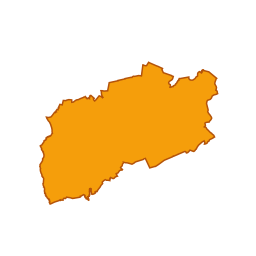 Targu Carbunesti, Gorj, Romania (Robinson projection), rotated 341°
{"feature_id": "2599482B79370866887971", "entity_name": "Targu Carbunesti", "entity_type": "district", "adm_level": 2, "iso_a3": "ROU", "parent_name": "Romania", "parent_adm1": "Gorj", "projection": "robinson", "projection_center": [23.515, 44.967], "detail": "fine", "context": "isolated", "style": "filled", "palette": "amber", "viewbox_px": 256, "rotation_deg": 341, "n_neighbors": 0, "source": "geoboundaries", "source_scale": "gbopen_adm2", "svg_char_len": 5739}
<svg xmlns="http://www.w3.org/2000/svg" viewBox="0 0 256 256"><g transform="rotate(341 128 128)"><path d="M94.7,170.3L94.8,169.5L95.4,169.1L97.4,171.0L98.5,171.0L100.1,170.1L100.5,170.2L101.3,170.0L102.3,170.1L102.0,169.1L102.2,168.4L101.8,167.6L101.9,167.3L104.0,167.2L105.2,166.2L106.1,165.6L107.6,165.4L108.6,165.9L109.3,165.4L109.1,165.0L108.5,164.5L108.1,162.9L110.1,161.9L110.7,161.0L111.2,160.1L112.2,159.6L112.6,159.2L112.6,158.9L114.6,160.2L115.1,160.3L116.1,160.8L120.0,163.5L122.1,163.2L124.0,162.5L132.1,162.7L132.9,162.4L134.5,162.4L135.6,172.8L140.7,173.1L141.5,173.3L145.1,172.4L151.8,170.3L160.7,169.7L161.7,169.2L162.0,169.6L162.6,169.5L166.9,169.2L167.1,169.0L167.7,169.1L173.1,168.7L174.1,168.7L174.8,169.1L175.1,170.6L175.8,170.7L176.4,170.7L177.6,170.2L179.4,169.1L181.7,171.0L182.6,171.6L182.9,171.5L184.0,171.1L184.9,170.3L185.6,170.2L187.2,168.6L189.1,167.2L193.7,165.3L195.7,165.0L195.6,165.5L195.9,165.8L195.8,167.1L195.1,168.1L196.4,168.3L198.1,167.9L199.1,166.8L200.2,166.8L201.3,165.6L203.5,165.4L205.7,165.0L205.8,164.8L206.9,164.7L206.7,162.8L205.5,160.9L205.3,160.1L204.5,159.3L203.6,157.4L203.1,156.2L202.4,155.1L201.9,152.8L201.2,152.1L200.5,151.9L200.6,151.6L201.3,151.5L202.0,150.9L202.2,149.7L202.1,149.0L202.6,148.3L203.2,148.2L204.6,148.3L206.7,148.8L207.7,147.8L208.4,147.6L209.5,146.8L210.3,146.0L210.4,145.2L210.3,144.6L209.7,142.2L209.2,141.1L208.7,139.1L208.8,138.2L209.4,137.6L209.7,136.7L210.2,130.5L211.3,128.5L212.0,127.9L212.4,127.7L215.1,127.7L216.7,126.8L218.0,125.2L220.0,124.7L222.4,124.9L223.9,124.7L223.8,124.3L224.2,123.0L224.1,121.7L223.7,121.0L223.8,120.6L223.6,120.6L224.8,118.7L224.9,117.5L224.4,114.5L225.3,112.8L227.5,110.1L228.0,109.9L222.7,101.2L218.4,98.4L218.3,97.6L217.7,97.3L216.7,97.6L217.1,98.3L216.4,98.4L216.4,98.7L216.2,98.8L215.5,98.7L215.5,99.0L215.9,99.6L215.4,99.9L213.8,97.9L212.4,98.4L211.7,99.0L210.6,101.6L209.0,101.9L207.5,103.1L205.2,103.7L204.4,103.7L203.0,103.2L202.2,102.5L201.6,101.1L202.1,99.6L193.2,98.2L192.6,97.9L191.8,98.7L191.7,99.4L190.7,99.4L189.9,100.4L189.3,100.5L188.8,101.3L187.3,101.9L187.0,102.6L184.9,102.9L184.1,103.6L183.9,103.5L184.0,103.2L182.0,103.4L181.5,103.2L181.1,103.3L180.9,103.1L181.8,102.0L182.1,100.8L181.2,99.8L181.1,98.7L181.3,98.2L182.3,97.4L185.2,96.7L186.2,96.0L187.6,94.0L186.4,93.1L186.4,92.7L179.4,87.2L179.1,83.9L180.0,83.0L176.0,79.1L175.6,78.9L169.5,73.3L168.9,72.6L165.9,75.0L165.2,75.0L163.2,73.8L162.9,73.6L163.0,73.4L162.6,73.2L157.7,83.1L155.2,81.9L152.0,81.5L150.6,81.2L150.3,80.9L149.3,80.9L148.1,81.5L147.6,81.1L141.2,80.3L141.1,80.6L134.1,79.8L134.1,80.1L125.0,79.0L120.9,86.2L117.4,85.3L115.5,84.2L114.6,83.9L114.6,85.1L114.1,86.7L113.9,87.9L113.9,89.8L114.3,90.9L113.8,91.1L113.0,89.7L111.2,88.2L107.1,90.8L105.3,91.6L104.9,90.9L104.7,89.3L105.7,88.9L103.5,85.1L102.9,85.0L102.6,85.3L102.1,85.4L102.0,85.7L102.1,86.0L101.8,86.2L101.6,86.9L101.0,87.3L101.0,87.6L100.6,87.3L100.7,86.7L100.0,86.6L99.3,87.1L98.5,86.7L98.3,85.9L98.4,85.7L97.8,84.3L97.3,84.6L96.2,84.4L95.7,84.6L92.4,84.7L90.2,85.0L89.0,84.7L87.5,84.8L84.8,85.7L83.2,85.4L83.9,83.1L81.3,81.9L79.0,81.7L78.2,81.9L75.8,80.9L73.3,84.7L71.3,83.5L68.8,86.1L69.2,86.5L68.0,87.4L67.7,87.9L67.1,87.3L65.7,88.2L65.3,88.6L65.5,89.4L64.6,89.3L64.3,89.7L63.8,89.2L60.3,91.6L58.6,92.5L55.9,92.1L54.4,91.2L54.4,92.3L55.0,95.2L55.7,96.8L56.0,99.3L55.9,103.2L55.6,105.1L54.9,107.1L54.8,108.5L53.9,108.8L52.8,110.0L51.7,110.1L51.7,110.3L51.3,110.2L51.1,110.4L50.8,110.4L50.8,110.0L50.6,110.0L50.3,110.3L49.9,110.2L49.6,110.5L49.2,110.5L49.1,110.1L48.8,110.1L47.8,110.7L48.0,110.9L47.7,110.8L47.6,111.1L47.4,110.9L47.2,111.4L47.0,111.5L47.1,111.9L46.7,112.0L46.5,112.4L45.9,112.7L45.5,112.5L44.5,112.7L44.4,113.2L44.2,113.3L44.0,113.7L42.9,114.6L42.2,114.8L42.0,115.3L41.2,115.9L39.3,116.2L39.2,117.2L39.5,117.6L39.5,118.5L39.7,118.9L39.6,119.1L39.6,119.6L39.3,119.8L39.4,121.0L39.8,122.1L40.0,122.4L39.8,122.7L40.1,123.1L39.8,123.6L40.0,124.3L39.8,125.0L39.9,125.6L39.7,126.4L39.0,128.0L37.2,129.4L37.3,129.6L36.4,131.3L32.9,134.0L32.6,135.0L32.1,135.7L32.3,136.1L32.0,137.3L32.2,137.7L31.5,138.8L31.2,140.3L31.2,141.9L31.1,142.2L31.4,143.6L31.2,144.5L31.3,144.8L31.1,145.3L31.0,145.9L31.5,146.5L31.4,147.0L31.7,147.3L31.8,148.4L29.9,152.8L29.5,152.9L29.2,154.5L29.3,156.2L29.1,156.4L29.4,156.6L29.5,157.3L29.0,159.3L28.4,160.3L28.4,161.1L28.2,161.8L28.3,162.0L28.0,162.6L28.6,163.0L28.6,163.3L28.3,163.7L28.4,164.1L28.1,164.5L28.4,164.9L28.4,165.2L28.5,165.3L28.2,165.9L28.9,166.9L28.8,167.6L29.1,167.9L29.3,168.8L29.9,169.1L29.7,169.4L29.7,169.7L30.1,169.7L30.3,170.1L29.9,170.4L30.1,170.7L29.9,171.5L30.2,171.5L30.2,171.9L29.8,172.1L29.6,172.6L29.7,172.8L29.4,173.0L29.6,173.3L29.5,174.4L29.9,174.6L34.5,174.1L39.1,174.2L39.6,173.9L40.4,173.9L40.1,174.2L40.3,174.5L41.1,174.4L43.1,175.0L43.1,174.8L42.8,174.6L44.5,173.6L44.8,173.6L45.1,174.0L45.6,174.3L46.8,173.9L47.4,173.4L50.8,175.2L52.7,176.6L60.0,177.8L60.7,177.6L60.7,177.0L61.6,177.1L64.3,176.5L64.8,177.0L64.8,177.7L65.3,177.8L65.3,178.2L64.9,178.3L64.8,178.8L64.9,179.8L65.4,180.6L65.5,181.5L66.0,181.5L65.8,180.9L65.9,180.7L67.1,183.4L67.5,183.4L67.7,182.6L67.7,179.8L69.1,179.9L69.3,178.8L70.0,178.8L70.1,178.0L70.2,177.9L70.6,176.5L70.8,176.3L70.7,175.7L71.1,175.5L71.3,174.1L71.9,173.0L72.2,173.1L72.3,172.9L73.0,173.0L73.4,173.4L73.3,174.0L72.6,174.7L72.8,174.9L72.7,175.4L72.3,175.8L72.6,176.5L72.3,177.1L72.3,177.9L72.1,178.1L72.0,178.6L72.6,178.7L73.0,179.2L74.0,179.2L75.3,179.1L76.1,178.7L75.9,178.1L76.1,177.7L76.7,178.0L77.1,177.9L77.4,177.5L78.0,178.0L78.3,177.8L79.4,176.7L82.5,174.7L83.7,173.5L85.9,172.3L85.9,171.1L86.2,170.6L86.9,170.4L87.9,169.9L89.7,169.4L90.6,170.4L92.3,171.0L93.7,171.8L94.2,170.2L94.7,170.3Z" fill="#f59e0b" stroke="#b45309" stroke-width="1.5"/></g></svg>